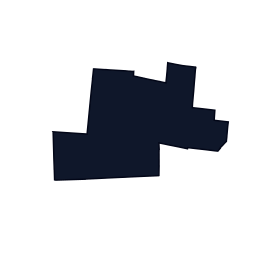 Traian, Ialomita, Romania (Mercator projection), rotated 327°
{"feature_id": "2599482B49143714613068", "entity_name": "Traian", "entity_type": "district", "adm_level": 2, "iso_a3": "ROU", "parent_name": "Romania", "parent_adm1": "Ialomita", "projection": "mercator", "projection_center": [27.361, 44.765], "detail": "fine", "context": "isolated", "style": "filled", "palette": "ink", "viewbox_px": 256, "rotation_deg": 327, "n_neighbors": 0, "source": "geoboundaries", "source_scale": "gbopen_adm2", "svg_char_len": 2138}
<svg xmlns="http://www.w3.org/2000/svg" viewBox="0 0 256 256"><g transform="rotate(327 128 128)"><path d="M217.9,113.9L217.8,113.7L217.7,113.7L215.8,112.1L212.7,109.5L210.7,107.9L207.6,105.3L202.4,100.4L200.9,98.9L197.3,95.4L196.9,94.9L195.2,97.1L193.5,99.3L193.3,99.7L193.0,100.0L192.5,100.7L191.9,101.4L191.4,102.1L190.5,103.2L188.7,105.5L186.5,108.2L184.4,110.8L183.9,110.3L183.4,109.8L182.9,109.4L181.9,108.4L181.4,107.9L180.7,107.2L180.1,106.5L179.5,105.9L178.9,105.4L177.8,104.3L176.7,103.3L175.6,102.1L174.5,101.0L173.3,99.9L172.1,98.7L171.2,97.8L170.2,96.8L169.4,96.0L168.6,95.1L168.1,94.7L167.7,94.2L166.8,93.3L165.0,91.5L163.3,89.7L162.1,88.6L161.3,87.7L160.9,87.4L163.6,83.6L163.3,83.5L161.9,82.5L160.5,81.4L159.6,80.8L157.0,78.7L155.1,77.3L145.3,70.1L144.6,69.6L143.7,68.9L142.9,68.3L142.4,67.9L141.8,67.4L139.5,65.8L137.9,64.6L135.6,62.9L131.9,60.1L131.3,59.7L126.7,65.4L126.4,65.7L125.9,66.4L125.5,66.8L125.1,67.3L124.9,67.7L117.1,77.3L107.6,89.2L95.9,103.9L92.2,108.5L90.4,110.8L73.1,97.9L63.1,90.4L63.1,90.5L53.4,106.4L48.7,114.1L45.1,120.1L43.5,122.7L43.5,122.8L39.3,129.7L38.7,130.7L38.6,130.8L38.2,131.5L39.0,132.3L60.8,145.5L62.6,146.6L64.6,147.8L65.4,148.1L74.6,153.5L84.8,159.4L96.4,166.2L96.7,166.4L103.1,170.1L119.6,179.8L127.9,184.7L128.0,184.7L133.4,176.7L134.0,175.7L136.1,172.5L136.6,171.7L136.8,171.4L137.1,170.9L139.5,167.2L140.9,165.0L141.2,164.6L141.6,164.0L141.9,163.5L142.0,163.4L142.3,163.2L145.7,157.4L146.4,157.9L149.9,161.3L152.9,164.3L156.3,167.6L160.7,171.9L164.9,176.1L166.6,177.8L167.4,177.0L168.9,178.2L173.6,182.1L181.4,188.5L187.7,193.8L190.5,196.1L190.8,196.3L193.8,195.4L193.7,195.3L193.7,195.2L195.4,194.6L197.8,194.1L200.8,193.3L202.7,192.9L203.2,192.8L203.3,192.6L205.1,190.4L206.0,189.3L206.5,188.6L210.5,183.5L212.7,180.7L215.4,177.5L212.1,174.8L205.7,169.5L204.5,168.5L204.5,168.4L210.5,160.4L199.4,151.2L194.0,146.8L193.0,146.0L195.6,142.4L198.3,139.0L199.2,137.8L201.1,135.4L203.0,133.0L205.3,130.0L208.2,126.2L211.1,122.5L211.6,121.9L214.0,118.7L216.5,115.5L216.7,115.3L217.7,114.0L217.8,114.1L217.9,113.9L217.9,113.9Z" fill="#0f172a" stroke="#020617" stroke-width="1.5"/></g></svg>